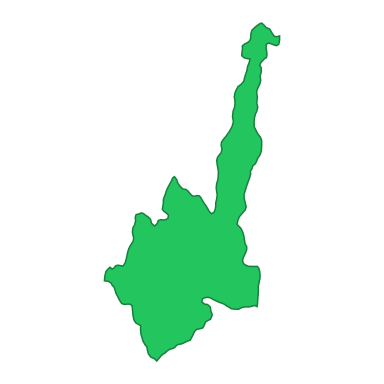 Ibiracatu, Minas Gerais, Brazil
{"feature_id": "56859067B13974408487448", "entity_name": "Ibiracatu", "entity_type": "district", "adm_level": 2, "iso_a3": "BRA", "parent_name": "Brazil", "parent_adm1": "Minas Gerais", "projection": "equal_earth", "projection_center": [-44.13, -15.651], "detail": "fine", "context": "isolated", "style": "filled", "palette": "green", "viewbox_px": 384, "rotation_deg": 0, "n_neighbors": 0, "source": "geoboundaries", "source_scale": "gbopen_adm2", "svg_char_len": 3828}
<svg xmlns="http://www.w3.org/2000/svg" viewBox="0 0 384 384"><path d="M279.6,35.9L277.0,36.7L274.3,36.3L272.3,33.5L269.7,29.0L266.1,27.5L263.9,25.0L261.6,23.0L259.5,23.9L257.4,25.3L255.0,27.3L252.1,30.0L250.8,34.0L250.8,38.0L249.7,40.8L247.6,42.5L244.4,44.1L242.3,46.0L242.5,49.0L242.0,52.0L241.7,55.6L244.1,57.8L247.2,58.6L250.0,59.1L249.1,62.7L247.6,66.5L246.8,71.0L245.5,74.6L244.6,77.6L243.7,81.4L241.0,84.4L238.1,86.5L236.3,89.8L234.9,93.1L234.3,97.1L234.9,100.4L235.0,103.8L234.5,107.5L233.1,111.0L232.5,116.8L233.4,121.6L232.2,126.2L230.3,129.8L229.0,132.0L227.5,134.1L225.9,136.4L223.8,138.8L221.5,142.2L221.1,145.3L222.0,149.2L221.1,152.8L219.0,155.2L217.5,157.4L216.7,160.4L217.2,164.8L218.3,170.7L218.3,174.8L217.9,179.7L216.6,183.7L216.2,188.1L216.7,191.8L217.2,195.1L216.6,199.1L215.7,203.0L215.7,206.3L215.2,209.3L214.0,212.3L211.5,213.7L209.2,211.4L207.9,209.0L206.0,205.8L203.9,202.9L202.4,200.5L201.1,198.0L199.4,195.9L197.0,195.5L194.6,196.3L192.3,195.8L190.4,194.0L188.2,191.2L185.9,189.4L182.8,189.0L180.1,186.2L177.9,183.3L176.7,179.6L174.4,176.6L172.7,177.9L171.6,180.5L169.9,183.7L168.0,187.2L166.4,190.6L165.2,194.7L164.0,197.5L163.3,200.2L163.4,203.0L162.9,205.8L162.3,209.1L163.7,211.2L165.7,212.6L168.3,214.8L168.1,218.1L165.9,219.6L163.5,220.0L160.7,219.6L158.2,220.6L157.1,223.7L154.7,226.0L151.7,223.5L150.4,219.1L147.9,216.7L145.3,215.1L143.6,213.6L141.5,212.9L139.0,213.9L136.1,214.6L135.2,217.5L135.6,220.5L134.7,224.7L132.9,227.8L132.4,232.1L133.0,235.3L133.7,238.2L133.0,241.5L130.7,245.0L128.9,248.4L127.7,252.1L126.9,255.9L126.3,258.8L125.1,262.8L123.1,266.0L120.5,265.6L117.8,265.2L115.8,265.7L114.1,267.8L112.2,269.1L110.0,267.2L108.2,268.8L105.9,271.6L104.8,276.3L104.4,280.8L108.4,281.3L111.2,283.2L112.3,285.5L114.0,287.0L115.1,290.3L116.0,293.3L117.7,296.6L119.7,300.5L121.7,303.5L124.5,304.5L127.3,304.1L130.4,304.2L132.2,306.3L132.5,310.1L132.9,314.5L133.8,319.7L135.8,322.9L138.6,324.5L140.7,325.8L140.5,329.4L140.9,333.8L142.0,337.6L142.9,340.9L144.9,344.5L147.0,347.2L147.4,350.2L148.3,353.7L150.9,357.2L154.4,358.7L156.8,361.0L158.8,358.6L161.2,355.7L163.0,354.2L165.3,352.8L167.1,351.0L169.7,349.3L172.9,348.5L175.0,347.2L176.8,345.1L178.9,344.3L181.2,344.0L183.3,343.2L185.4,342.1L187.7,341.0L190.1,340.3L191.8,337.3L193.1,334.7L194.5,331.6L196.6,329.3L200.3,328.7L202.8,327.9L204.5,324.8L205.5,322.0L207.7,320.6L210.5,319.3L212.3,314.8L210.9,311.2L210.3,307.0L207.6,304.5L204.9,304.2L201.9,302.1L202.5,298.8L204.5,297.8L207.1,297.3L210.1,297.7L212.8,299.3L216.1,300.9L219.4,302.4L222.0,303.2L224.6,304.4L227.1,306.2L229.1,307.2L231.4,308.8L234.6,309.1L238.6,309.3L241.0,307.9L244.1,306.9L246.8,306.9L249.4,306.9L252.3,306.1L254.5,305.5L257.1,306.6L257.5,303.9L257.7,300.5L257.9,297.5L258.2,294.2L258.4,290.2L258.3,286.5L259.2,281.9L260.0,278.1L260.0,274.8L259.8,272.0L258.9,268.4L257.4,266.4L253.6,266.4L250.7,266.4L248.5,266.3L246.0,265.3L243.6,263.6L242.5,261.0L243.4,257.3L245.4,253.3L246.7,249.7L246.7,246.6L245.1,243.9L244.2,238.1L243.6,234.8L242.3,231.1L240.5,227.8L238.7,226.1L237.1,224.3L237.8,220.6L239.3,216.8L242.3,213.3L245.1,210.1L246.2,206.9L245.4,203.6L244.7,200.6L244.1,197.9L244.1,194.2L245.5,189.9L246.6,186.1L247.8,182.7L249.5,178.1L250.6,174.2L250.5,171.0L251.9,168.9L252.9,165.7L255.4,163.7L256.8,160.7L257.8,158.1L259.8,155.3L261.4,151.0L261.5,148.1L261.7,145.3L261.7,142.5L261.5,139.7L260.1,136.7L258.0,134.1L256.3,131.0L254.2,126.7L254.1,121.6L254.5,117.8L255.4,114.1L256.6,111.7L257.8,107.3L256.8,103.5L257.0,100.3L257.4,97.0L256.8,93.8L256.8,90.7L258.2,87.2L259.7,84.2L260.7,80.8L260.2,75.9L261.3,71.8L261.3,67.8L259.7,65.5L260.8,62.7L262.4,61.0L264.3,58.9L266.5,57.5L267.0,54.2L266.6,51.1L266.1,47.7L266.3,44.4L268.5,42.9L271.1,43.8L273.8,44.9L276.5,45.7L278.8,44.2L279.6,40.2L279.6,35.9Z" fill="#22c55e" stroke="#15803d" stroke-width="1.5"/></svg>